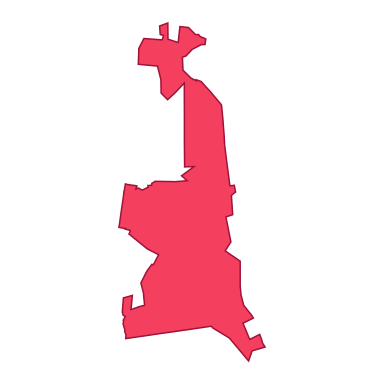 the district of Villa Pesqueira, Sonora, Mexico
{"feature_id": "50627088B53796408252368", "entity_name": "Villa Pesqueira", "entity_type": "district", "adm_level": 2, "iso_a3": "MEX", "parent_name": "Mexico", "parent_adm1": "Sonora", "projection": "albers", "projection_center": [-110.005, 29.14], "detail": "fine", "context": "isolated", "style": "filled", "palette": "rose", "viewbox_px": 384, "rotation_deg": 0, "n_neighbors": 0, "source": "geoboundaries", "source_scale": "gbopen_adm2", "svg_char_len": 2418}
<svg xmlns="http://www.w3.org/2000/svg" viewBox="0 0 384 384"><path d="M210.7,326.3L211.1,326.3L211.4,326.3L211.6,326.3L211.7,326.5L211.9,327.0L212.3,327.5L212.7,327.9L229.3,338.0L230.4,339.3L242.5,353.7L248.6,361.0L252.1,350.9L265.1,347.0L262.7,343.4L261.5,339.2L259.7,334.4L249.7,339.4L243.0,323.2L253.4,318.1L251.9,315.6L251.7,315.3L250.1,313.3L243.7,305.3L241.0,294.8L240.2,286.1L240.2,284.6L240.2,283.8L240.2,265.5L240.2,261.2L225.2,250.9L230.9,241.9L225.9,216.9L232.7,214.7L231.7,199.9L231.4,195.4L235.6,192.0L234.9,188.5L234.3,185.3L229.9,185.8L228.2,172.6L227.2,165.4L225.3,150.2L224.6,144.9L224.3,138.0L222.9,119.1L221.5,104.9L210.7,92.0L204.5,85.3L201.2,81.5L196.1,79.7L196.2,80.8L190.4,77.7L190.0,77.1L183.0,70.2L182.4,57.2L186.0,56.0L192.3,49.3L201.4,44.6L205.0,44.6L205.8,38.9L200.1,36.5L198.6,34.5L195.5,34.6L188.5,27.5L179.9,26.6L178.2,42.5L168.0,39.2L167.8,23.0L159.6,26.0L160.2,34.5L163.6,35.5L162.2,39.9L143.9,38.5L138.8,48.4L138.6,55.4L138.3,64.3L157.5,66.1L157.8,67.4L160.9,79.7L161.0,86.5L161.1,93.1L167.6,99.7L173.6,94.2L173.8,94.0L174.9,93.0L184.3,83.0L184.3,92.2L184.3,92.8L184.4,118.8L184.4,131.4L184.4,138.0L184.4,142.8L184.6,166.9L194.0,166.6L181.5,175.8L187.1,180.7L174.9,181.7L173.3,181.6L161.6,181.4L155.2,181.3L152.5,183.0L152.3,183.0L151.8,183.4L151.6,185.3L147.9,185.5L148.2,187.2L142.2,190.1L138.4,188.0L135.9,189.1L136.9,185.9L135.3,185.6L133.2,185.3L132.9,185.3L131.9,185.1L131.3,185.1L127.0,184.4L125.4,183.9L124.8,187.6L124.5,189.6L123.9,191.5L123.4,196.6L121.5,209.5L121.2,211.4L119.6,223.2L118.9,227.4L125.3,228.5L125.0,229.0L130.3,230.5L129.0,234.3L130.7,235.1L130.9,235.6L134.9,238.9L135.0,238.9L147.4,249.0L158.6,254.7L155.8,260.0L155.3,261.1L154.0,263.5L153.3,264.8L151.9,264.3L151.3,265.1L149.5,267.5L147.5,270.2L145.9,272.9L141.8,281.2L140.9,283.1L141.0,283.4L141.4,285.1L142.5,289.2L142.6,289.7L143.1,291.4L143.4,292.7L143.5,293.6L143.6,294.7L143.8,297.6L144.0,299.2L144.6,305.3L139.3,306.6L132.7,309.0L132.3,309.1L131.3,309.5L131.0,309.6L132.4,295.4L123.4,297.9L122.6,307.8L122.3,312.4L122.8,313.0L122.8,314.1L122.8,314.4L123.0,314.8L123.1,315.0L123.6,315.6L123.9,315.7L125.4,316.4L123.4,319.9L123.2,320.3L123.7,320.9L123.2,322.7L123.1,323.9L124.3,328.2L124.9,329.5L124.7,331.3L125.1,332.6L126.0,335.2L125.7,338.6L158.7,333.8L167.1,332.6L173.7,331.7L174.9,331.5L181.2,330.6L183.2,330.3L185.5,330.0L210.7,326.3Z" fill="#f43f5e" stroke="#9f1239" stroke-width="1.5"/></svg>